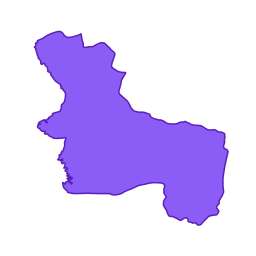 outline of Thung Yang Daeng, Pattani, Thailand, rotated 97°
{"feature_id": "78962969B39593186090950", "entity_name": "Thung Yang Daeng", "entity_type": "district", "adm_level": 2, "iso_a3": "THA", "parent_name": "Thailand", "parent_adm1": "Pattani", "projection": "natural_earth1", "projection_center": [101.449, 6.64], "detail": "fine", "context": "isolated", "style": "filled", "palette": "violet", "viewbox_px": 256, "rotation_deg": 97, "n_neighbors": 0, "source": "geoboundaries", "source_scale": "gbopen_adm2", "svg_char_len": 5845}
<svg xmlns="http://www.w3.org/2000/svg" viewBox="0 0 256 256"><g transform="rotate(97 128 128)"><path d="M209.4,77.4L209.9,77.1L210.4,76.2L210.6,74.2L210.3,73.0L210.4,72.8L212.0,68.1L213.1,65.7L213.2,65.2L213.2,64.4L212.8,63.5L211.8,62.6L210.0,60.1L210.2,59.1L210.5,58.1L211.1,57.4L213.1,57.1L213.7,56.4L213.8,55.8L213.8,54.3L214.1,53.1L214.5,52.6L214.5,51.9L214.0,50.9L214.0,49.9L214.5,48.4L215.4,47.8L215.7,47.1L215.6,45.3L214.7,43.7L213.0,42.6L210.9,41.1L205.9,37.2L204.7,34.6L204.0,32.0L203.4,29.5L201.7,28.4L199.8,27.7L198.0,28.8L196.5,30.4L194.5,30.2L192.0,28.3L189.2,28.7L183.4,26.2L180.0,25.3L176.9,25.9L174.6,26.6L166.5,27.6L163.1,27.6L153.9,27.3L139.1,25.8L137.5,27.1L136.6,30.1L134.1,31.0L130.4,30.3L128.4,30.8L125.0,30.7L121.8,31.5L120.7,34.7L120.9,37.8L119.8,39.8L119.2,41.5L119.2,42.5L119.7,44.6L120.1,46.9L120.0,48.7L118.3,52.6L117.5,54.2L116.8,56.1L116.8,58.2L117.0,60.6L117.1,63.4L116.8,65.9L115.8,67.9L115.2,70.5L114.5,71.6L114.8,72.8L115.4,73.9L115.6,75.8L116.7,78.5L117.3,79.3L117.9,80.5L118.4,82.2L118.5,84.2L118.9,86.7L118.6,90.0L116.9,93.2L116.3,95.2L116.0,96.9L116.3,98.0L116.0,99.8L115.7,102.6L115.4,103.8L114.9,105.5L113.7,107.2L111.8,108.0L111.6,108.8L110.5,113.7L110.5,115.8L111.0,118.9L110.6,123.1L110.2,124.4L107.7,127.5L106.3,128.2L102.5,130.9L101.1,132.2L97.8,137.0L95.7,140.0L94.6,141.1L93.0,141.5L91.5,141.4L86.9,140.7L83.5,140.3L81.3,140.3L80.3,139.9L73.7,137.0L73.4,137.2L73.2,138.1L73.5,140.2L73.4,143.0L72.9,145.3L71.6,148.0L70.1,150.8L69.1,151.7L67.8,152.0L65.1,151.7L58.6,150.3L56.1,150.0L55.2,150.4L53.7,152.3L52.9,153.8L52.2,154.7L51.1,155.5L50.4,156.6L46.6,161.7L46.5,163.5L46.7,165.2L47.4,166.9L49.6,170.3L51.4,172.6L51.7,173.5L51.9,175.4L53.1,180.1L53.3,181.1L53.1,182.0L52.4,182.4L49.7,182.7L45.4,184.6L42.4,185.4L40.3,186.2L41.7,188.1L44.4,194.2L45.5,198.7L45.1,200.4L43.9,202.6L42.6,203.5L41.2,205.2L40.5,206.9L40.6,208.2L41.1,210.3L43.3,215.0L45.0,218.0L46.7,220.4L49.5,223.7L51.8,227.5L52.3,228.5L53.8,228.3L54.1,228.5L54.4,229.3L54.7,229.3L55.1,230.0L55.4,230.1L56.4,229.7L57.5,229.6L58.4,229.9L58.7,230.6L59.1,230.7L60.3,229.4L61.4,229.1L61.8,228.7L62.7,228.6L65.4,227.3L66.3,227.0L67.8,226.2L68.7,225.5L69.4,225.7L69.6,225.6L70.6,224.3L71.0,224.1L71.2,223.6L71.6,223.2L72.9,222.6L74.2,222.5L74.9,222.2L75.2,221.7L75.3,221.0L75.1,220.7L74.2,220.0L74.1,219.7L74.3,218.8L74.5,218.5L75.0,218.1L75.3,218.2L75.5,218.1L75.9,217.8L77.0,216.3L77.5,215.6L80.5,214.5L80.7,214.4L81.3,214.7L81.6,214.5L82.1,213.6L82.0,212.7L82.2,212.4L82.7,212.1L82.7,211.5L82.9,211.1L83.2,210.9L83.5,210.9L84.3,211.2L84.6,210.9L85.3,210.6L85.4,210.3L87.5,208.5L90.1,205.9L92.2,202.3L92.4,201.5L92.5,201.1L92.8,200.8L93.7,200.3L94.3,199.3L94.5,199.3L94.8,199.8L95.5,199.5L96.9,199.2L96.7,198.5L96.7,197.9L97.5,197.6L99.1,195.9L100.7,194.6L102.1,194.1L103.7,194.0L106.4,193.9L110.0,194.5L110.9,195.0L112.9,196.6L113.2,196.8L117.5,196.7L119.4,197.5L120.2,198.4L122.2,203.5L123.0,204.6L123.6,204.7L124.5,204.4L124.9,204.5L125.9,206.1L127.3,207.9L127.6,208.0L128.2,207.9L128.8,208.1L129.1,209.4L129.4,209.7L129.8,210.0L130.2,210.1L130.8,209.9L131.5,209.5L132.3,208.9L132.6,208.9L132.7,209.1L132.6,209.5L131.9,210.7L131.3,211.2L130.2,211.6L130.1,211.8L130.0,212.1L130.3,212.6L133.0,216.8L133.5,217.0L133.9,216.9L134.5,215.5L134.7,215.4L134.8,215.4L135.0,215.6L135.0,215.8L134.8,216.8L134.8,217.3L134.8,217.5L135.1,217.6L136.5,217.7L137.5,218.0L138.0,217.9L138.3,217.7L138.8,217.2L139.9,215.1L141.2,213.6L141.6,213.0L141.7,212.5L141.4,209.9L141.9,209.7L142.8,210.2L143.3,210.2L143.8,210.0L144.0,209.7L144.1,209.3L144.1,208.7L143.6,207.7L143.7,207.2L144.9,205.9L145.5,205.1L146.0,203.9L146.3,202.1L146.9,201.3L147.1,201.0L147.2,199.4L147.1,197.8L146.0,191.6L145.2,189.2L145.2,188.7L145.3,188.6L146.4,188.5L149.7,189.2L150.4,189.2L151.0,189.1L152.4,188.8L153.2,188.7L158.2,189.6L158.5,189.7L159.0,190.2L159.1,190.7L159.6,191.0L160.1,191.0L160.5,191.2L160.7,190.9L161.0,190.7L161.2,191.0L161.7,191.3L162.7,191.5L162.7,192.5L163.0,192.9L163.6,193.0L164.1,192.9L164.5,192.6L165.3,192.6L166.0,192.8L168.0,193.8L168.2,193.3L168.2,192.7L168.1,192.1L167.9,191.7L167.8,191.4L167.9,191.1L168.4,191.1L168.2,190.7L166.9,189.7L166.8,189.4L166.9,189.1L167.8,188.7L168.0,188.7L168.6,189.4L169.3,190.0L169.7,190.0L170.3,189.8L171.2,189.1L171.4,188.6L171.3,188.2L170.9,187.9L170.5,187.4L170.4,186.6L170.7,186.2L171.3,185.9L174.0,186.2L174.8,186.4L175.3,186.8L175.6,186.7L175.6,186.2L175.4,185.7L174.9,184.9L174.9,184.2L175.2,183.5L175.7,183.0L176.0,182.9L176.2,183.1L176.2,183.6L176.9,184.8L177.5,185.2L178.2,185.2L178.5,184.8L178.7,183.5L179.3,182.9L180.6,183.1L180.9,183.0L181.0,182.8L180.7,182.3L180.7,182.0L180.9,181.4L181.1,181.2L181.4,181.2L181.9,181.6L182.7,182.6L183.0,182.8L183.1,182.6L183.1,181.7L182.8,180.6L182.8,180.3L182.9,179.7L183.2,179.2L183.6,179.3L183.8,179.5L184.1,179.8L184.3,180.7L184.6,181.3L185.3,182.1L185.5,182.2L185.8,181.7L185.9,180.0L185.8,179.8L184.9,179.2L184.6,178.9L184.2,178.1L184.1,177.5L184.7,177.3L184.9,177.3L186.0,178.2L186.4,178.8L186.4,179.2L186.9,180.7L187.0,181.0L188.6,178.8L188.8,177.5L189.2,176.9L189.6,176.7L190.1,176.8L190.4,177.0L190.5,177.2L190.5,177.5L190.1,177.9L189.2,179.0L188.9,179.7L188.6,180.7L188.5,181.6L189.0,183.0L190.9,183.5L191.3,183.7L191.2,183.9L190.8,184.3L190.3,185.0L190.1,185.6L190.2,186.0L190.5,186.2L192.5,185.6L194.2,185.0L195.2,184.4L198.0,180.8L198.5,180.3L199.2,180.0L199.7,175.7L199.6,173.1L199.3,170.5L197.6,159.5L197.4,156.0L197.1,153.7L196.4,146.5L195.9,143.1L195.4,137.9L196.2,135.8L196.0,133.1L195.6,130.9L194.5,127.9L193.2,125.6L191.7,123.9L189.2,119.6L188.1,117.4L184.1,111.0L183.0,108.2L181.5,103.7L180.5,101.2L179.4,97.4L178.7,91.7L178.5,87.7L179.4,85.2L181.6,84.5L184.4,84.9L187.9,84.5L190.0,83.1L191.5,81.6L195.6,83.5L197.6,83.7L199.7,83.6L201.6,82.6L205.4,79.5L207.4,78.8L208.1,78.1L209.4,77.4Z" fill="#8b5cf6" stroke="#5b21b6" stroke-width="1.5"/></g></svg>